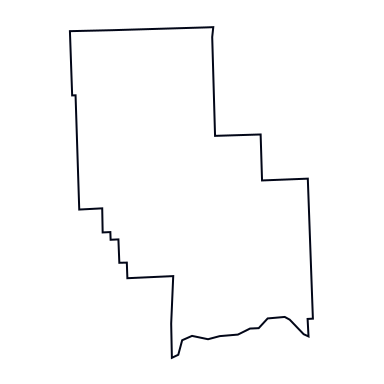 the district of Columbia, Washington, United States of America, rotated 178°
{"feature_id": "52423323B83269960896154", "entity_name": "Columbia", "entity_type": "district", "adm_level": 2, "iso_a3": "USA", "parent_name": "United States of America", "parent_adm1": "Washington", "projection": "mercator", "projection_center": [-117.924, 46.312], "detail": "fine", "context": "isolated", "style": "outline", "palette": "ink", "viewbox_px": 384, "rotation_deg": 178, "n_neighbors": 0, "source": "geoboundaries", "source_scale": "gbopen_adm2", "svg_char_len": 611}
<svg xmlns="http://www.w3.org/2000/svg" viewBox="0 0 384 384"><g transform="rotate(178 192 192)"><path d="M172.1,356.0L266.7,356.5L308.4,357.0L308.4,292.7L305.0,292.7L305.3,178.4L282.3,178.8L282.7,154.7L275.0,154.8L275.0,147.1L267.2,147.2L267.1,123.8L259.6,123.7L259.6,108.1L213.7,108.6L217.4,61.2L217.9,27.0L211.4,29.8L207.0,44.2L197.0,48.2L181.1,44.3L169.3,47.0L151.1,47.9L138.8,53.5L130.1,53.6L120.8,63.0L103.7,63.9L98.8,61.0L85.4,46.0L80.6,43.6L80.9,61.1L75.6,61.2L75.8,201.3L121.6,201.1L121.4,247.1L167.0,247.3L166.4,346.1L165.0,356.0L172.1,356.0Z" fill="none" stroke="#020617" stroke-width="2"/></g></svg>